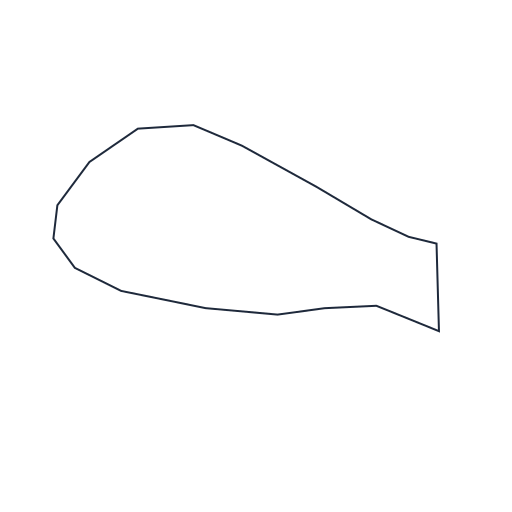 the Unitary Authority of Stoke-on-Trent, rotated 131°
{"feature_id": "GBR-2778", "entity_name": "Stoke-on-Trent", "entity_type": "Unitary Authority", "adm_level": 1, "iso_a3": "GBR", "parent_name": "United Kingdom", "parent_adm1": "", "projection": "natural_earth1", "projection_center": [-2.175, 53.026], "detail": "fine", "context": "isolated", "style": "outline", "palette": "slate", "viewbox_px": 512, "rotation_deg": 131, "n_neighbors": 0, "source": "natural_earth", "source_scale": "10m", "svg_char_len": 381}
<svg xmlns="http://www.w3.org/2000/svg" viewBox="0 0 512 512"><g transform="rotate(131 256 256)"><path d="M128.2,127.9L192.7,68.6L214.6,132.5L250.4,170.0L286.1,201.3L328.4,259.8L370.8,334.8L383.8,384.9L375.7,420.4L348.0,439.2L294.3,443.4L237.4,428.7L198.3,389.1L182.0,339.0L164.1,255.6L152.7,193.0L141.4,153.4L128.2,127.9Z" fill="none" stroke="#1e293b" stroke-width="2"/></g></svg>